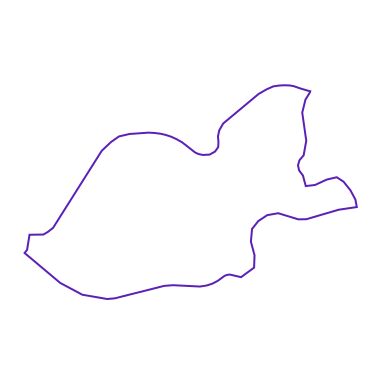 outline of Territoire de Belfort, rotated 272°
{"feature_id": "FRA-5348", "entity_name": "Territoire de Belfort", "entity_type": "Metropolitan department", "adm_level": 1, "iso_a3": "FRA", "parent_name": "France", "parent_adm1": "", "projection": "albers", "projection_center": [6.973, 47.626], "detail": "fine", "context": "isolated", "style": "outline", "palette": "violet", "viewbox_px": 384, "rotation_deg": 272, "n_neighbors": 0, "source": "natural_earth", "source_scale": "10m", "svg_char_len": 1098}
<svg xmlns="http://www.w3.org/2000/svg" viewBox="0 0 384 384"><g transform="rotate(272 192 192)"><path d="M247.2,304.4L232.6,302.3L227.5,298.3L222.4,297.0L217.3,298.3L212.3,302.3L201.9,305.5L203.3,314.7L209.1,326.2L211.8,336.1L207.6,343.1L199.2,350.3L190.1,355.6L182.7,357.2L179.4,339.2L168.8,307.2L168.4,299.2L173.8,278.9L171.5,268.0L165.3,259.3L157.2,253.3L144.4,252.6L131.0,256.7L118.6,256.7L108.6,244.0L110.8,232.8L110.4,230.0L109.3,227.4L104.2,221.0L101.1,215.6L99.0,209.7L97.8,203.2L98.2,176.4L97.2,167.4L83.0,118.4L82.1,111.0L85.5,86.0L96.5,63.5L125.2,26.8L128.4,29.2L143.6,31.1L144.3,45.0L147.2,49.5L151.3,54.4L230.1,100.4L239.1,109.3L245.0,117.1L247.8,127.5L249.8,146.5L249.7,152.1L249.2,158.0L248.2,163.4L246.6,169.1L244.2,174.8L241.3,180.4L231.7,193.6L230.2,197.0L229.4,201.6L230.0,208.3L233.2,213.6L237.8,216.6L243.0,216.7L248.5,216.0L254.6,217.1L261.6,220.8L292.2,255.0L297.1,262.8L300.4,269.6L301.4,275.2L301.9,280.4L301.9,285.7L301.4,289.7L299.2,296.9L296.8,306.3L296.8,306.6L295.7,306.4L288.4,302.2L275.2,299.4L247.2,304.4Z" fill="none" stroke="#5b21b6" stroke-width="2"/></g></svg>